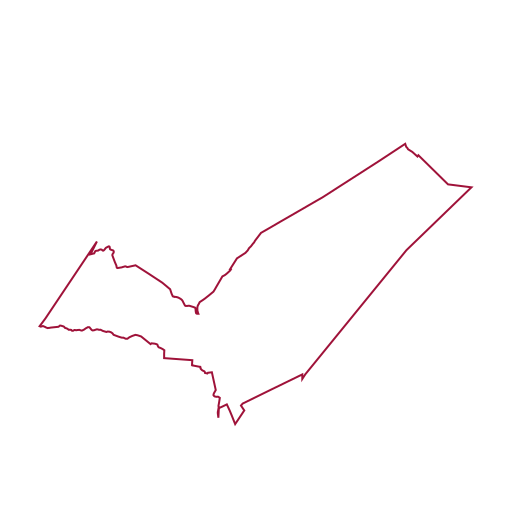 the district of San Pablo Huitzo, Oaxaca, Mexico, rotated 32°
{"feature_id": "50627088B10333117144156", "entity_name": "San Pablo Huitzo", "entity_type": "district", "adm_level": 2, "iso_a3": "MEX", "parent_name": "Mexico", "parent_adm1": "Oaxaca", "projection": "equal_earth", "projection_center": [-96.911, 17.316], "detail": "fine", "context": "isolated", "style": "outline", "palette": "rose", "viewbox_px": 512, "rotation_deg": 32, "n_neighbors": 0, "source": "geoboundaries", "source_scale": "gbopen_adm2", "svg_char_len": 4823}
<svg xmlns="http://www.w3.org/2000/svg" viewBox="0 0 512 512"><g transform="rotate(32 256 256)"><path d="M113.4,328.0L110.5,420.7L109.7,430.2L110.9,430.0L111.7,429.2L112.2,428.5L113.1,428.1L114.0,428.1L114.8,427.9L115.8,427.9L116.8,427.7L117.6,427.5L118.2,426.9L119.1,426.3L119.6,425.7L126.0,420.7L126.2,420.2L126.6,418.9L127.3,418.5L130.2,417.7L131.0,417.8L132.2,418.2L133.8,417.7L135.3,417.7L136.3,417.8L137.5,417.0L138.5,416.6L139.3,416.9L140.3,416.5L140.7,416.0L141.2,415.0L141.7,414.7L142.8,414.3L143.8,413.4L145.4,412.2L146.9,411.9L147.9,411.5L149.1,409.7L150.0,407.5L150.7,406.3L151.2,405.4L152.5,404.7L155.8,405.8L156.9,405.7L158.0,404.8L158.8,403.8L159.9,402.5L160.8,402.1L161.9,401.8L163.3,400.9L165.8,400.7L169.4,399.7L170.2,398.7L171.7,397.9L173.6,397.5L175.2,397.6L177.0,398.3L179.5,397.8L181.9,397.3L184.3,396.7L185.6,396.3L186.9,395.5L188.7,395.3L189.4,395.2L190.8,394.3L191.7,392.0L193.4,389.4L195.5,386.8L197.5,386.0L201.2,385.1L213.3,386.6L213.7,385.4L216.6,384.0L218.3,383.5L219.3,383.4L220.3,384.2L220.5,384.4L221.8,385.0L223.8,384.6L226.2,384.4L228.2,384.5L229.9,387.6L231.3,389.8L232.2,391.3L257.2,378.1L259.5,382.4L260.2,382.2L260.3,382.4L260.5,382.3L266.2,380.1L267.5,379.5L268.0,379.9L268.1,380.3L268.3,380.5L269.0,381.0L269.3,381.0L269.5,381.1L270.2,381.3L270.8,381.4L271.1,381.4L271.3,381.4L271.7,381.4L272.4,381.3L272.9,381.2L273.2,381.2L273.3,381.2L273.7,381.3L274.3,381.7L274.7,382.1L274.8,382.2L275.0,382.1L275.3,382.0L275.5,381.9L275.9,381.8L276.0,381.8L276.6,381.5L277.0,381.4L277.1,380.5L280.2,378.0L292.9,391.0L292.9,391.5L293.0,392.7L293.0,394.0L293.2,395.4L293.6,396.5L294.5,396.9L295.4,397.0L296.5,396.6L297.4,396.2L298.2,395.5L298.6,395.4L299.2,395.4L300.5,395.5L302.2,399.5L303.6,403.0L304.6,404.2L304.8,404.8L304.9,405.0L305.7,407.0L305.8,407.3L305.9,407.5L306.0,407.8L306.1,408.1L306.3,408.5L306.6,409.0L306.7,409.3L306.9,409.5L307.1,409.8L307.3,410.0L307.5,410.3L309.4,412.6L309.8,413.1L305.6,405.6L305.5,404.9L305.5,403.6L305.9,403.5L306.7,402.4L309.9,397.3L315.7,401.1L319.8,404.0L327.4,409.6L327.9,393.2L322.5,390.8L322.9,388.2L339.8,361.0L358.0,331.9L360.4,335.7L360.5,330.2L380.5,171.3L402.3,83.6L384.1,92.0L380.9,93.5L340.3,84.5L340.2,86.1L333.4,84.9L328.4,84.9L327.1,84.2L325.5,83.8L323.1,81.8L310.8,108.6L304.3,122.4L295.8,140.4L289.7,153.3L281.3,171.1L277.9,177.4L275.0,182.9L274.7,183.5L274.4,184.0L268.2,195.7L258.4,214.1L252.4,225.5L248.0,233.7L247.1,243.3L247.1,244.2L247.2,245.6L246.9,247.0L246.6,250.4L246.0,252.8L245.9,253.5L246.0,254.0L246.0,255.8L245.6,257.7L245.4,258.9L241.1,268.1L241.0,281.0L241.4,280.9L241.7,280.6L241.8,280.6L241.8,281.9L241.5,283.0L240.7,285.9L240.0,288.0L239.5,289.1L238.3,291.1L238.7,304.0L238.8,305.9L238.8,308.8L236.7,315.1L236.1,316.7L235.3,319.0L234.3,321.4L232.7,324.9L232.8,326.4L232.9,327.0L232.9,327.3L232.9,328.0L232.9,328.6L233.0,329.1L233.2,329.8L233.7,331.1L234.0,331.5L234.4,332.0L234.7,332.5L235.0,333.1L236.4,334.4L237.0,335.0L237.3,335.2L237.7,335.5L236.9,336.0L236.6,336.2L236.4,336.2L236.2,336.3L235.9,336.3L235.8,336.2L235.5,336.2L235.3,336.1L235.2,336.0L235.0,335.8L234.8,335.5L234.6,335.3L234.3,335.0L233.4,333.8L233.0,333.2L232.8,333.0L232.6,332.8L232.4,332.6L232.3,332.4L232.1,332.3L231.9,332.2L231.7,332.2L231.4,332.1L231.0,332.2L230.3,332.4L230.1,332.4L229.7,332.5L228.2,332.9L226.3,333.4L225.7,333.6L225.2,333.9L224.0,334.9L223.8,335.0L223.2,335.4L222.8,335.6L222.6,335.7L221.9,335.6L218.7,333.7L217.6,333.0L216.6,332.6L216.4,332.5L215.5,332.4L214.9,332.3L212.9,332.4L212.4,332.4L211.8,332.5L211.4,332.7L211.0,332.7L210.9,332.8L210.4,332.9L209.9,333.1L208.9,333.6L208.2,333.8L208.2,334.0L207.7,334.1L206.8,334.3L204.4,332.7L200.8,329.7L190.7,328.3L174.5,327.9L158.8,327.7L153.6,332.8L152.7,333.6L152.4,333.7L151.4,333.8L151.0,333.9L150.7,334.0L150.2,334.4L149.9,334.8L148.6,336.2L148.2,336.8L147.8,337.1L145.4,339.2L145.1,339.5L144.9,339.6L144.6,339.7L144.4,339.7L144.1,339.6L143.9,339.4L143.6,339.2L143.1,338.6L142.9,338.3L142.5,338.0L139.6,336.0L139.2,335.7L134.0,331.7L133.7,331.4L133.6,331.2L133.5,330.9L133.4,330.5L133.4,330.0L133.4,329.4L133.5,328.9L133.4,328.4L133.2,327.9L133.0,327.6L132.7,327.3L132.3,327.1L131.9,327.0L131.5,327.1L129.3,327.6L129.0,327.6L128.8,327.6L128.5,327.5L128.3,327.3L128.0,327.0L127.3,326.1L127.1,325.9L126.8,325.7L126.6,325.7L126.3,325.7L126.1,325.8L125.9,326.0L125.7,326.3L124.6,328.2L124.4,328.6L124.3,329.0L124.3,329.5L124.2,330.0L124.2,330.5L124.0,331.6L123.9,331.9L123.8,332.1L123.7,332.3L123.5,332.5L123.2,332.6L122.9,332.6L122.4,332.5L121.9,332.4L121.5,332.5L121.1,332.6L120.8,332.8L120.4,333.0L120.1,333.5L119.8,333.8L119.4,334.7L119.3,335.0L119.1,335.2L118.7,335.5L117.7,336.3L117.4,336.6L117.2,336.9L117.2,337.3L117.2,337.7L117.3,338.7L117.3,339.1L117.4,339.5L114.8,342.2L114.3,337.3L114.2,336.1L113.4,328.0Z" fill="none" stroke="#9f1239" stroke-width="2"/></g></svg>